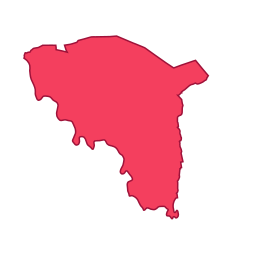 outline of Cu Chi, Hồ Chí Minh city, Vietnam, rotated 169°
{"feature_id": "81297802B99873561685500", "entity_name": "Cu Chi", "entity_type": "district", "adm_level": 2, "iso_a3": "VNM", "parent_name": "Vietnam", "parent_adm1": "Hồ Chí Minh city", "projection": "equal_earth", "projection_center": [106.516, 11.037], "detail": "fine", "context": "isolated", "style": "filled", "palette": "rose", "viewbox_px": 256, "rotation_deg": 169, "n_neighbors": 0, "source": "geoboundaries", "source_scale": "gbopen_adm2", "svg_char_len": 5768}
<svg xmlns="http://www.w3.org/2000/svg" viewBox="0 0 256 256"><g transform="rotate(169 128 128)"><path d="M128.4,44.6L128.2,44.3L127.8,44.3L127.3,44.3L126.6,44.8L125.8,45.4L125.0,45.8L124.8,45.9L124.5,45.9L123.2,45.5L121.1,44.0L120.1,43.6L118.8,43.1L118.0,42.9L117.3,42.9L116.7,43.0L116.4,43.1L115.1,43.6L113.8,44.5L113.0,44.8L112.4,44.9L111.8,44.9L109.7,44.6L107.5,44.2L107.2,44.0L106.8,43.7L106.4,43.2L105.5,41.8L105.2,41.4L104.4,40.7L104.2,40.3L104.2,40.1L104.3,39.7L104.5,39.4L105.4,38.4L105.8,37.8L106.5,36.4L106.7,35.9L106.7,35.6L106.7,35.2L106.7,34.9L106.6,34.6L106.2,34.3L104.5,33.8L104.1,33.6L103.8,33.4L103.6,33.1L103.3,32.6L102.9,31.7L102.4,30.8L102.2,30.6L101.6,30.6L100.9,31.7L100.6,32.0L100.0,32.2L99.7,32.2L99.2,31.9L98.4,30.8L98.0,30.6L97.8,30.6L97.3,30.6L96.7,30.9L96.1,31.4L95.6,31.9L95.4,32.5L95.1,33.2L95.0,34.1L95.0,36.4L95.1,37.0L95.3,37.4L95.5,37.7L95.8,37.8L96.0,37.7L97.4,36.3L97.8,36.1L98.0,36.1L98.5,36.3L98.7,36.6L98.8,36.9L98.9,38.0L98.8,39.6L98.8,41.6L98.7,42.3L98.4,43.8L98.0,45.0L97.4,46.2L96.9,47.2L96.2,48.1L95.0,49.5L94.5,49.9L94.0,50.1L92.7,50.1L92.5,53.9L92.9,54.7L91.6,55.6L90.9,57.0L90.8,57.4L90.8,59.1L90.6,60.1L89.8,63.9L89.6,65.1L89.6,66.4L89.5,66.6L88.7,67.2L88.1,67.9L87.0,69.6L86.8,70.1L86.6,71.2L86.8,71.5L84.8,78.1L84.2,78.0L83.8,79.0L83.0,79.0L82.8,84.4L80.5,84.4L80.6,89.1L80.7,93.1L80.6,93.4L80.4,93.7L79.9,94.5L79.8,95.0L79.9,96.9L80.4,99.5L80.5,100.2L80.3,101.2L80.3,102.1L80.0,102.8L79.9,103.7L80.1,104.7L80.1,105.0L79.7,105.4L78.8,105.4L78.6,105.6L78.2,106.1L77.8,106.9L77.5,108.2L77.5,108.7L77.8,109.2L77.8,110.1L77.8,110.5L77.8,111.1L78.0,111.9L78.1,112.5L78.0,113.5L77.7,114.4L77.6,115.1L77.6,115.7L77.8,116.5L78.0,117.1L78.9,118.5L79.3,119.0L79.4,119.3L79.2,119.4L78.6,119.6L78.3,119.7L78.2,120.0L78.0,123.6L78.1,124.0L78.3,124.4L78.3,124.7L77.5,128.6L77.2,129.3L76.2,130.1L75.0,130.4L73.7,130.6L72.5,131.5L72.5,131.9L72.1,132.3L71.8,133.3L71.0,136.9L70.6,138.1L70.5,138.5L70.0,139.1L69.8,139.5L69.8,140.2L70.0,141.3L70.0,141.8L70.0,142.9L69.9,145.7L72.9,150.6L72.4,150.5L71.9,150.6L70.6,151.3L69.5,152.2L68.5,152.3L68.6,153.2L66.8,154.1L65.0,154.8L62.1,156.5L59.4,158.0L57.8,158.5L55.8,158.6L53.4,159.2L53.0,159.0L52.0,158.2L51.2,157.9L49.6,158.0L47.9,158.3L45.7,158.9L44.4,159.5L43.5,160.0L42.5,160.1L41.3,161.3L41.3,161.6L41.0,162.2L40.0,163.1L40.0,163.3L39.2,164.0L43.4,171.5L48.6,181.1L48.8,181.5L51.5,181.2L60.2,180.0L63.3,179.6L71.2,178.3L71.6,178.3L71.9,178.4L78.0,184.4L87.9,194.7L96.2,203.5L98.4,205.0L104.5,209.0L106.9,210.5L121.6,220.4L124.1,220.7L125.0,220.8L128.5,221.2L141.6,223.5L143.2,223.8L144.1,224.0L146.0,224.3L146.8,224.4L149.6,224.2L154.1,223.8L160.1,223.4L160.3,223.3L161.6,222.1L161.9,221.9L162.3,221.8L167.0,221.3L168.9,221.2L174.5,221.4L173.9,216.3L173.6,215.3L173.2,214.0L177.2,215.9L183.6,218.6L183.2,220.9L183.1,223.0L184.4,223.2L186.1,223.6L196.0,225.5L196.8,225.2L197.9,224.9L199.0,224.6L200.3,224.2L201.1,224.1L203.7,224.2L205.3,224.2L205.8,224.1L206.0,224.0L207.5,223.1L208.3,222.8L208.6,222.5L209.6,221.4L209.9,221.2L210.4,221.2L211.1,221.4L211.6,221.4L213.2,221.0L213.4,221.0L213.6,221.1L214.0,221.3L214.3,221.4L214.6,221.4L215.5,220.0L216.0,219.0L216.1,218.8L216.1,218.3L216.1,217.6L216.2,217.4L216.5,216.9L216.8,216.4L215.6,215.1L214.5,213.8L213.9,212.8L213.4,211.6L212.9,210.6L212.7,209.5L212.5,208.1L212.6,207.2L212.7,206.3L212.9,205.1L213.4,203.4L213.5,202.8L213.8,199.4L213.9,197.6L213.9,196.4L213.7,194.3L213.5,193.4L212.2,188.1L211.8,185.6L211.7,183.6L212.0,181.5L212.5,179.2L212.5,177.7L211.9,174.2L211.6,173.3L211.2,172.8L210.9,172.5L210.5,172.3L210.0,172.3L209.0,172.5L208.3,172.7L207.4,173.4L205.7,174.9L205.0,175.3L204.2,175.3L202.8,175.1L200.9,174.5L199.4,173.9L198.8,173.5L198.3,173.1L197.7,172.3L197.0,171.1L196.1,169.6L193.4,167.2L192.8,166.4L192.5,165.5L192.3,164.3L192.3,163.9L192.5,163.0L193.8,159.8L195.0,157.0L195.3,156.1L195.4,154.9L195.5,153.4L195.4,152.7L194.9,151.2L194.5,150.3L193.7,149.1L193.4,148.7L192.5,148.2L191.7,148.1L189.0,148.1L188.1,148.0L187.0,147.6L185.4,146.8L183.2,146.0L182.8,145.8L182.2,145.4L181.6,144.7L181.0,142.6L180.3,139.4L180.0,138.0L179.9,137.1L180.0,135.0L180.2,134.1L180.4,133.3L180.6,132.7L182.1,130.5L183.3,128.6L184.3,127.2L184.7,126.5L184.9,125.9L184.7,125.1L184.5,124.6L183.1,122.0L182.5,121.4L181.9,121.1L181.2,121.1L180.2,121.3L179.7,121.5L179.2,122.1L178.7,122.8L178.2,124.0L178.0,125.4L177.9,126.6L177.7,127.5L177.5,128.0L177.1,128.3L176.4,128.5L175.1,128.4L174.3,128.2L173.2,127.6L172.8,127.1L172.0,125.5L171.9,125.1L171.3,121.0L171.1,120.0L170.8,119.2L170.4,118.6L168.3,116.1L167.5,114.6L167.1,114.1L166.7,114.0L166.5,113.9L166.2,114.0L165.8,114.6L165.0,116.0L164.6,116.9L164.4,117.7L164.3,120.0L164.0,120.9L163.7,121.2L163.2,121.6L161.3,121.5L158.2,121.0L154.6,121.0L153.9,120.9L153.3,120.7L152.7,120.0L152.4,119.2L151.7,116.8L151.1,115.9L150.1,114.9L148.8,114.2L147.6,113.7L145.3,112.4L144.4,111.7L143.3,110.4L142.8,109.5L142.1,107.7L141.5,105.7L141.0,104.7L140.8,104.3L140.1,103.5L139.1,102.6L138.7,101.9L138.3,100.9L137.8,98.7L138.0,97.5L138.8,95.3L139.7,93.2L140.3,92.1L141.7,90.4L143.0,88.7L143.8,87.0L143.9,86.4L143.9,86.0L143.8,85.4L143.3,84.6L143.1,84.4L142.9,84.2L142.3,84.0L141.0,84.0L139.9,84.6L139.3,85.2L138.6,85.9L138.1,86.2L137.7,86.2L137.0,85.8L136.6,85.1L135.2,82.1L134.0,79.9L133.7,79.2L133.5,78.4L133.4,77.7L133.4,76.9L133.5,76.6L133.9,76.2L134.7,75.8L137.0,75.3L138.1,75.0L138.8,74.3L139.4,73.2L139.6,72.3L140.0,68.2L140.2,66.6L140.2,66.0L140.0,64.9L139.8,63.9L139.7,63.3L139.7,61.8L139.7,61.4L139.6,61.1L139.3,60.9L139.1,60.8L138.8,60.9L138.2,61.0L137.6,60.9L136.9,60.8L136.3,60.5L135.2,59.7L134.1,58.7L133.2,57.6L132.2,55.8L131.3,52.2L130.9,50.9L130.5,49.6L130.1,48.8L129.3,47.5L128.7,46.3L128.6,45.7L128.5,45.2L128.4,44.6Z" fill="#f43f5e" stroke="#9f1239" stroke-width="1.5"/></g></svg>